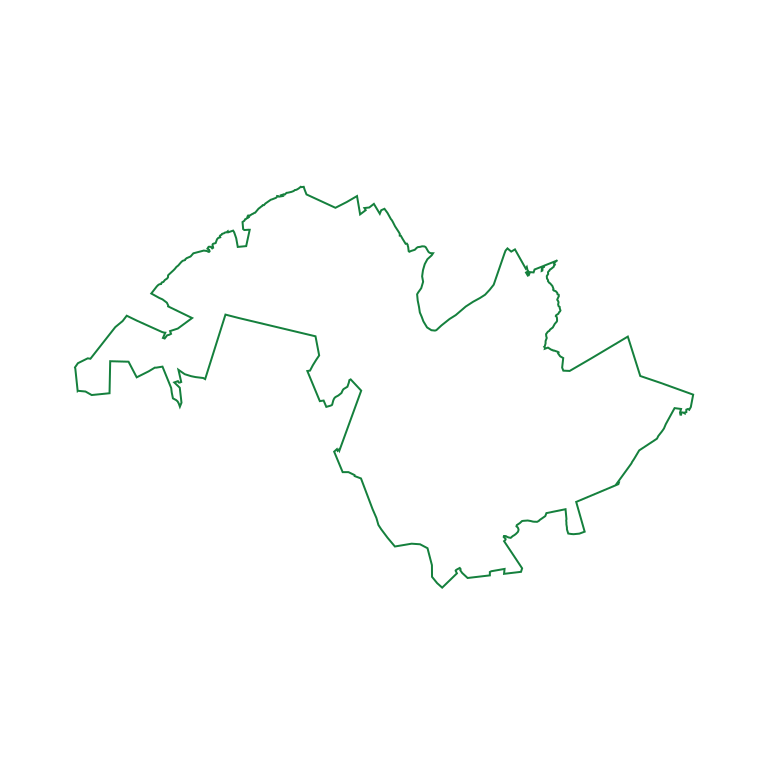 outline of Tzimol, Chiapas, Mexico, rotated 109°
{"feature_id": "50627088B1197816312521", "entity_name": "Tzimol", "entity_type": "district", "adm_level": 2, "iso_a3": "MEX", "parent_name": "Mexico", "parent_adm1": "Chiapas", "projection": "albers", "projection_center": [-92.266, 16.109], "detail": "fine", "context": "isolated", "style": "outline", "palette": "green", "viewbox_px": 768, "rotation_deg": 109, "n_neighbors": 0, "source": "geoboundaries", "source_scale": "gbopen_adm2", "svg_char_len": 6151}
<svg xmlns="http://www.w3.org/2000/svg" viewBox="0 0 768 768"><g transform="rotate(109 384 384)"><path d="M438.8,564.4L437.2,556.9L437.6,554.7L370.0,556.5L368.9,542.8L361.2,464.3L378.1,454.6L383.3,456.0L389.5,457.4L395.4,458.3L396.7,460.7L421.1,439.1L419.3,435.7L424.4,431.1L422.1,427.8L421.0,426.5L420.2,426.3L416.2,426.6L414.6,426.5L413.2,426.2L412.1,425.6L409.7,423.4L406.4,421.3L403.2,421.0L402.0,420.6L398.5,417.7L394.1,417.7L391.6,418.0L390.5,417.0L397.7,403.4L461.5,404.5L460.6,405.3L462.2,406.1L460.9,407.3L464.2,409.1L480.8,394.4L478.9,388.9L479.7,382.2L480.6,381.8L480.8,375.0L506.0,354.1L513.1,347.6L519.1,343.4L522.3,339.3L528.2,330.6L534.1,320.8L526.0,305.9L523.8,297.7L525.1,289.4L539.7,279.7L550.7,275.8L555.0,268.9L557.6,262.7L539.3,253.4L537.2,255.5L536.8,255.5L535.9,254.9L533.3,252.5L534.1,251.3L535.3,251.2L537.2,248.6L540.2,241.8L530.5,221.6L527.3,222.7L526.1,221.6L519.6,209.8L524.4,208.7L517.0,193.3L513.3,193.4L493.5,219.3L492.0,218.5L491.4,218.4L490.7,218.8L489.7,221.0L488.7,221.1L488.3,220.1L488.2,218.7L488.5,217.9L488.5,215.9L488.2,214.1L485.9,212.8L484.4,211.5L482.7,210.4L480.4,209.3L479.1,209.2L477.8,209.4L476.5,210.4L475.9,211.2L475.5,212.4L474.2,212.5L471.3,210.3L468.7,208.9L468.1,207.9L466.3,203.7L465.8,200.8L465.6,198.3L465.2,196.7L464.4,194.3L463.0,193.0L462.0,192.6L456.4,188.5L453.2,188.4L443.3,171.6L452.3,167.5L453.7,167.3L456.1,166.2L457.0,166.0L460.2,164.3L461.9,163.7L465.4,161.1L464.9,158.3L464.3,155.9L461.9,150.6L458.3,146.2L432.9,163.9L402.4,129.8L401.1,129.8L402.4,131.5L378.5,124.2L377.2,124.1L373.3,123.1L363.7,121.1L346.8,108.1L343.8,107.7L338.4,105.8L334.9,104.8L330.3,104.5L312.2,101.4L310.9,95.0L314.7,94.8L316.5,93.7L316.3,93.1L314.4,93.5L314.0,93.3L313.6,92.0L313.9,90.1L313.1,90.4L312.2,89.0L309.8,89.8L308.6,88.4L309.0,87.0L305.9,86.4L293.4,88.2L292.9,122.8L293.0,144.3L259.8,168.9L292.1,196.2L311.2,212.7L313.0,218.8L310.5,220.9L301.1,223.0L300.5,226.3L300.3,226.7L298.5,229.2L298.3,229.4L298.0,229.2L297.2,229.2L297.0,230.0L297.0,234.5L297.3,234.8L297.0,236.4L297.2,236.7L296.2,240.8L298.3,243.4L297.4,243.5L296.7,244.6L296.3,244.3L293.3,244.4L290.7,245.2L287.5,245.1L286.1,246.1L284.1,247.0L281.2,246.1L279.9,245.0L278.7,244.8L277.7,244.2L275.6,242.8L271.5,242.1L268.6,240.9L267.3,241.1L265.0,242.1L264.3,242.7L263.8,243.7L262.9,243.6L260.8,242.0L259.1,241.8L258.1,241.2L257.0,241.1L255.3,242.4L253.9,243.0L253.6,244.2L252.2,245.2L249.8,245.6L248.6,246.7L248.1,247.5L247.7,247.7L244.0,247.3L242.7,247.9L242.7,249.1L241.3,250.0L240.3,252.0L240.4,253.6L240.1,254.5L239.8,254.7L239.5,254.5L238.8,254.8L236.5,256.7L234.7,259.8L234.6,260.6L233.4,262.4L233.0,262.4L231.9,263.2L231.3,264.2L229.0,265.2L226.5,264.6L225.3,265.2L224.7,265.3L223.6,264.9L223.0,264.5L221.9,264.4L220.8,263.5L217.9,261.7L216.6,261.8L215.6,261.3L215.0,262.4L213.4,261.9L214.1,262.6L213.9,262.5L210.4,260.3L211.2,260.9L220.0,271.1L221.2,270.8L222.0,272.0L225.2,271.2L225.7,271.7L221.5,272.8L226.7,278.9L229.8,278.9L230.7,282.4L233.8,282.5L234.7,283.3L232.4,286.0L231.1,284.9L232.8,282.8L231.3,282.9L229.6,285.4L226.9,287.1L228.7,287.6L214.1,304.0L217.4,306.8L215.6,311.4L218.3,312.5L221.3,312.6L254.4,312.6L260.6,314.8L266.7,317.5L271.5,321.3L277.2,326.5L284.1,331.9L295.5,338.6L301.2,343.2L310.0,348.8L316.0,352.0L316.9,353.2L317.7,356.7L316.5,361.7L312.0,367.1L308.1,370.3L304.7,373.4L299.9,375.9L294.1,379.3L288.4,381.9L286.4,381.5L281.3,380.0L274.6,380.3L269.8,383.0L263.7,384.2L257.4,384.5L251.9,383.6L246.8,380.8L244.4,380.2L245.1,382.4L245.0,383.9L244.5,385.1L241.3,388.8L240.9,389.5L240.8,390.7L241.4,392.8L242.5,394.4L243.6,396.6L244.6,397.4L247.1,398.6L249.3,401.6L250.7,403.1L250.4,403.9L246.5,405.8L245.5,406.6L244.7,406.9L243.8,408.1L244.4,409.2L240.7,413.7L238.3,416.4L238.6,417.4L237.9,417.7L236.8,418.0L235.2,419.9L231.3,424.9L227.8,428.5L226.5,430.0L225.8,431.2L221.1,436.4L218.2,440.6L220.6,443.2L224.4,443.4L217.0,452.2L221.9,455.4L224.0,459.8L225.6,457.9L231.4,461.8L215.1,470.7L224.1,478.5L233.2,487.3L230.0,519.0L226.0,522.4L223.7,524.1L224.7,526.1L224.6,526.9L226.7,528.2L228.3,529.5L229.2,530.5L229.6,531.4L231.0,532.3L232.5,534.1L234.5,537.3L235.0,538.4L237.2,539.5L237.4,539.8L237.2,540.2L237.4,540.8L238.2,541.0L238.2,541.7L239.1,542.9L239.3,542.7L239.6,541.6L241.0,544.2L241.1,544.6L240.8,545.1L241.0,546.0L241.3,545.8L241.7,546.0L243.2,546.8L245.9,550.0L246.6,551.0L252.1,555.0L253.7,555.6L254.1,555.9L254.2,556.7L255.0,557.2L255.4,557.2L256.7,558.2L258.3,559.1L258.8,559.6L264.0,561.6L264.3,562.2L265.8,563.4L266.0,563.8L267.2,564.7L267.7,565.3L268.6,565.7L268.9,567.3L269.9,567.6L270.4,567.5L270.4,566.9L269.9,566.4L270.2,566.2L270.5,566.7L271.5,566.9L271.9,567.7L273.2,568.4L273.4,568.9L275.1,569.2L276.9,570.5L283.4,567.6L283.9,566.2L282.3,562.4L281.9,561.2L298.5,559.2L302.0,566.9L294.3,571.2L289.3,575.1L288.1,576.6L291.3,580.7L290.4,581.4L291.8,582.2L292.5,583.6L293.5,584.3L294.8,586.0L295.6,586.1L296.9,587.2L297.6,587.4L298.6,586.6L299.9,588.3L301.5,589.0L305.6,589.1L306.9,591.0L307.4,591.4L308.0,591.5L308.8,591.2L309.6,590.6L310.8,589.9L311.7,590.6L310.7,592.4L311.1,593.9L311.4,594.5L313.5,595.0L314.0,593.1L315.3,592.1L315.9,592.3L316.2,593.0L315.9,594.7L316.5,597.8L322.5,606.8L326.4,608.4L329.3,611.6L330.9,612.5L331.6,612.5L333.1,614.5L334.9,615.5L338.9,617.1L340.9,618.4L343.2,619.2L345.1,620.1L351.2,623.4L351.7,623.5L353.3,623.0L354.7,623.3L357.1,625.1L359.3,625.8L360.3,627.1L360.9,627.3L362.0,627.3L362.8,628.8L363.7,629.6L365.7,630.6L374.2,633.5L375.8,624.5L376.1,621.0L377.8,615.8L380.1,613.5L380.9,613.4L384.1,586.9L398.7,597.0L403.6,603.5L405.9,601.7L407.3,603.0L408.6,604.9L412.4,606.2L412.4,608.0L406.7,607.5L407.0,608.8L407.1,610.8L404.6,637.9L403.2,649.5L409.5,651.6L417.7,656.6L455.7,669.8L456.2,672.5L464.0,680.2L469.0,681.6L469.9,680.9L490.3,671.4L490.1,671.3L488.3,663.8L489.6,656.8L482.1,640.5L451.6,650.3L446.1,632.8L458.2,620.0L448.6,610.6L443.1,606.0L442.8,604.9L439.7,599.1L457.1,583.9L461.2,581.9L466.3,578.9L466.9,575.2L467.7,573.4L469.5,571.5L471.9,569.6L467.6,569.4L454.0,575.9L450.8,582.8L448.4,579.8L449.4,578.6L449.1,577.5L448.1,576.4L437.5,583.0L439.6,575.6L439.4,568.9L438.8,564.4Z" fill="none" stroke="#15803d" stroke-width="2"/></g></svg>